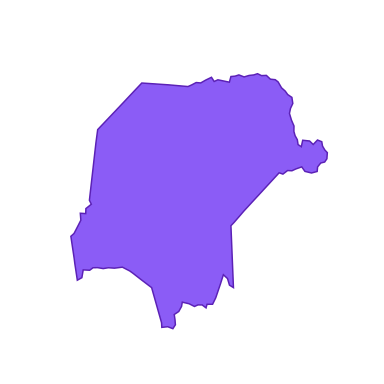 Aliança, Pernambuco, Brazil (orthographic projection), rotated 23°
{"feature_id": "56859067B36820916945585", "entity_name": "Aliança", "entity_type": "district", "adm_level": 2, "iso_a3": "BRA", "parent_name": "Brazil", "parent_adm1": "Pernambuco", "projection": "orthographic", "projection_center": [-35.173, -7.607], "detail": "fine", "context": "isolated", "style": "filled", "palette": "violet", "viewbox_px": 384, "rotation_deg": 23, "n_neighbors": 0, "source": "geoboundaries", "source_scale": "gbopen_adm2", "svg_char_len": 1506}
<svg xmlns="http://www.w3.org/2000/svg" viewBox="0 0 384 384"><g transform="rotate(23 192 192)"><path d="M228.2,57.0L224.7,56.1L220.1,57.5L214.9,55.6L210.5,57.7L206.1,57.5L203.1,60.1L199.0,62.4L195.0,65.7L189.4,65.9L186.4,68.5L182.7,70.5L183.5,76.3L178.0,77.4L172.0,78.6L169.2,81.6L165.1,78.8L160.9,83.6L157.4,88.2L153.1,89.6L149.9,93.5L147.1,96.5L128.6,102.5L103.2,111.3L100.0,119.9L92.6,139.9L80.8,171.4L84.3,184.1L100.8,239.7L104.1,242.6L100.8,248.7L102.6,253.4L97.5,255.2L100.7,261.4L100.2,268.7L99.6,276.3L97.8,280.1L109.5,299.2L112.0,303.5L120.9,318.0L124.1,313.9L122.3,306.2L128.4,304.0L130.5,300.4L134.7,298.5L140.2,297.2L144.6,294.4L150.4,292.4L157.3,288.4L165.5,289.0L169.1,289.8L180.0,292.7L192.2,295.8L215.1,324.3L217.1,328.4L222.3,325.5L227.8,325.3L228.6,320.7L226.2,316.1L223.5,311.7L226.5,307.2L227.1,301.4L226.1,297.2L233.0,296.0L239.0,296.4L241.6,293.6L245.5,292.0L250.2,293.2L249.7,289.5L254.8,287.3L255.2,280.1L254.1,265.4L253.2,255.9L258.5,257.8L262.9,263.1L267.5,263.8L241.0,207.8L242.6,203.6L247.4,188.7L264.7,140.3L268.7,140.0L271.6,134.9L275.7,133.4L278.6,130.2L283.2,126.0L287.9,128.9L294.6,127.8L299.2,124.2L297.8,119.8L299.2,115.0L302.4,112.6L303.2,108.7L301.2,102.9L297.8,101.4L294.2,98.7L291.8,95.0L287.2,95.1L285.0,100.9L280.3,99.1L273.7,101.1L274.9,107.6L271.1,106.9L268.5,102.7L264.9,99.9L262.1,96.4L260.1,91.4L255.5,87.0L251.0,81.6L250.0,76.5L250.2,71.1L247.0,65.9L242.0,64.9L238.4,62.7L233.7,61.1L228.2,57.0Z" fill="#8b5cf6" stroke="#5b21b6" stroke-width="1.5"/></g></svg>